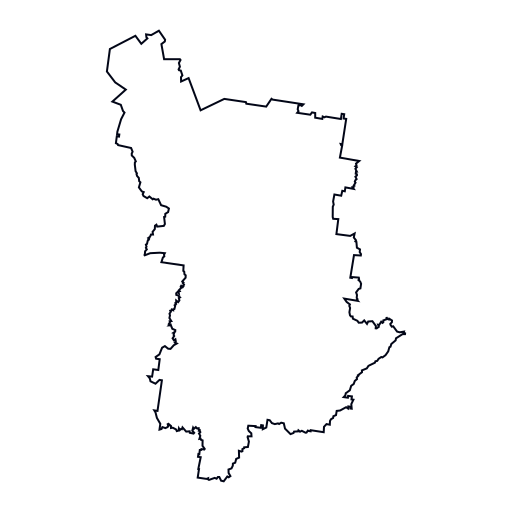 outline of Warrumbungle, New South Wales, Australia
{"feature_id": "25037944B19485668266020", "entity_name": "Warrumbungle", "entity_type": "district", "adm_level": 2, "iso_a3": "AUS", "parent_name": "Australia", "parent_adm1": "New South Wales", "projection": "orthographic", "projection_center": [149.548, -31.455], "detail": "fine", "context": "isolated", "style": "outline", "palette": "ink", "viewbox_px": 512, "rotation_deg": 0, "n_neighbors": 0, "source": "geoboundaries", "source_scale": "gbopen_adm2", "svg_char_len": 6086}
<svg xmlns="http://www.w3.org/2000/svg" viewBox="0 0 512 512"><path d="M168.1,212.1L165.3,213.8L165.2,216.7L164.1,217.0L164.9,224.0L163.8,225.9L157.2,226.6L156.4,224.7L155.0,225.7L154.8,229.1L152.6,231.8L153.0,234.5L151.0,234.5L150.0,236.8L148.3,238.0L149.0,238.6L148.4,239.3L148.8,239.7L147.7,240.8L147.0,243.9L145.9,244.6L146.5,246.7L145.9,247.8L146.8,249.4L145.1,251.3L144.8,254.7L144.0,255.6L150.2,253.2L159.9,252.7L164.8,253.2L164.0,254.7L164.3,256.4L162.9,257.5L161.4,262.2L183.6,265.4L183.3,270.9L184.2,271.6L184.5,274.3L185.7,275.3L185.6,277.7L182.3,281.4L183.4,282.5L182.8,283.0L184.0,284.6L183.1,285.7L183.5,286.1L182.7,287.2L181.2,285.8L180.7,286.6L181.1,288.0L179.0,290.1L179.7,291.1L178.5,291.3L178.8,293.2L177.5,292.0L176.2,293.3L176.3,294.9L178.2,295.5L180.0,297.4L178.8,298.0L179.4,300.4L178.2,302.1L176.2,300.5L176.2,302.7L175.4,303.1L176.0,304.1L174.7,305.2L175.2,305.8L174.4,309.0L173.2,309.3L173.2,310.2L171.7,309.5L171.3,310.7L170.3,310.8L170.7,311.9L169.5,313.7L170.0,315.4L169.4,318.0L171.3,321.1L169.7,321.3L170.0,322.2L168.9,323.9L170.1,324.3L169.0,325.4L170.9,325.3L172.3,328.8L175.3,330.1L175.2,331.6L173.3,332.9L174.1,333.2L173.6,335.0L174.2,336.0L172.6,338.3L173.9,340.3L175.4,339.3L175.8,341.4L174.9,342.5L176.8,343.5L173.8,345.2L170.5,348.9L168.1,348.7L164.9,346.1L162.1,347.7L159.4,354.4L155.6,357.0L156.1,358.7L159.7,359.2L158.3,370.0L153.2,369.3L152.1,376.6L148.0,376.2L149.8,378.4L150.5,381.3L155.5,383.7L159.5,379.9L161.9,380.3L157.5,410.9L154.3,410.4L155.5,412.4L156.9,417.9L160.3,423.8L159.5,429.6L161.5,429.0L162.4,427.1L165.4,428.1L167.5,427.1L168.3,426.3L167.7,424.2L168.4,423.8L171.0,426.0L171.0,428.0L172.7,427.7L176.0,429.4L176.8,431.1L178.5,430.6L178.9,428.4L179.8,430.1L180.9,429.0L181.9,429.2L182.5,427.4L186.2,431.6L189.6,431.3L189.8,432.8L193.5,433.6L194.2,432.8L192.3,430.7L193.1,427.7L193.8,428.9L195.8,427.1L196.7,428.3L198.6,428.2L198.5,429.2L199.5,429.7L198.9,430.8L200.1,431.2L200.3,432.3L199.0,433.5L200.3,435.8L199.4,438.9L200.6,438.7L201.0,439.8L202.6,440.4L202.5,445.8L204.7,448.9L204.3,449.5L201.4,449.1L201.2,449.9L199.8,450.0L199.3,454.2L198.4,454.0L198.0,456.8L200.7,457.2L198.3,469.0L199.0,469.1L197.7,477.6L206.5,478.9L208.0,478.3L207.8,479.2L209.0,479.9L214.7,477.9L216.6,478.7L217.9,477.0L219.3,477.0L221.1,480.7L223.7,481.3L227.3,476.5L228.7,477.3L230.4,476.1L228.6,473.0L228.5,469.5L231.5,468.4L232.8,465.7L232.9,463.6L235.2,462.7L236.2,458.9L239.1,457.6L238.9,450.8L241.5,451.6L242.4,451.2L242.4,449.1L244.1,448.2L244.2,447.3L247.9,447.0L248.9,441.6L247.6,437.1L247.8,436.3L251.5,436.3L251.3,433.3L248.8,431.0L247.7,428.5L248.3,425.7L255.6,426.1L255.5,427.1L260.8,427.8L261.2,425.1L262.9,425.4L262.8,429.2L266.3,427.5L267.5,419.8L269.7,420.2L271.9,423.1L274.8,424.1L278.0,423.4L279.1,424.0L281.2,422.7L283.8,423.3L285.0,428.6L290.5,434.1L293.5,433.0L294.1,431.6L298.0,431.4L298.4,430.3L300.0,431.7L301.8,430.8L305.5,432.7L306.5,432.6L308.3,429.9L308.1,430.9L310.6,431.3L310.7,430.2L323.7,432.2L324.0,426.8L326.5,424.1L329.8,424.7L330.0,421.0L330.9,419.3L333.1,418.0L333.4,416.2L336.0,415.1L336.7,410.9L340.1,410.5L346.1,407.2L348.0,408.5L348.3,406.4L350.5,406.8L350.3,408.5L351.7,408.7L351.3,404.1L353.4,399.7L351.5,399.4L351.9,396.4L348.1,395.9L347.9,397.7L343.7,397.1L345.3,395.4L345.8,393.2L349.8,390.3L351.2,385.8L353.7,384.0L354.8,380.9L357.0,379.1L356.7,377.5L358.4,375.7L358.0,375.2L362.0,372.2L361.9,370.4L366.8,368.4L368.5,365.8L374.9,362.7L375.4,361.3L377.2,360.9L378.6,358.8L381.3,357.0L382.5,357.4L385.5,355.2L388.2,351.4L389.4,347.2L390.5,346.7L391.3,344.0L395.6,340.4L396.0,338.3L402.6,334.1L405.0,334.1L405.1,333.3L403.6,332.5L403.9,331.6L399.8,332.3L397.1,331.6L393.2,326.3L391.8,326.7L390.5,324.8L390.3,323.9L391.9,322.2L392.0,320.5L389.2,318.7L388.9,319.5L387.2,318.8L386.6,317.1L386.4,319.3L383.3,320.4L383.3,322.3L382.5,322.9L381.2,321.7L379.2,324.9L378.1,324.7L378.8,326.8L376.6,328.4L375.7,328.3L375.9,326.0L372.4,321.2L368.2,321.5L367.0,323.9L364.2,320.4L362.0,322.6L358.7,322.7L357.4,320.8L352.9,318.7L352.6,316.5L350.9,316.4L350.0,315.3L349.4,312.2L350.1,308.0L349.3,305.9L349.9,304.4L346.7,302.0L344.3,298.6L357.9,300.9L356.9,299.7L357.5,299.1L356.7,297.9L357.0,295.0L356.1,292.4L358.7,288.9L360.4,288.4L361.1,283.8L360.2,281.6L358.5,280.0L359.1,279.3L358.8,277.6L352.3,277.1L352.0,278.0L350.3,277.7L354.0,255.1L360.8,255.5L361.0,254.1L359.7,252.1L360.0,249.4L356.9,247.7L356.4,241.9L355.4,241.4L356.0,240.3L353.8,237.5L354.6,233.5L350.2,235.9L336.4,234.1L338.3,219.1L333.2,218.8L332.7,217.0L332.8,206.7L333.7,204.6L333.1,201.5L334.4,194.5L341.2,195.7L342.3,190.8L344.8,191.3L345.4,187.4L353.7,188.9L352.5,187.2L353.6,187.0L353.6,185.9L354.3,185.7L354.0,185.1L355.5,182.7L354.8,181.7L355.3,180.3L356.6,179.1L355.4,176.7L356.9,175.4L356.9,174.3L355.7,173.7L356.0,171.6L356.8,171.6L355.4,168.8L356.8,167.2L355.4,166.3L356.5,165.5L356.0,163.6L359.2,161.0L339.9,157.6L342.2,145.4L341.2,145.2L340.7,144.0L342.3,144.3L346.2,118.9L343.6,118.5L344.2,114.2L341.7,113.8L340.9,119.0L325.9,116.6L324.5,117.3L322.7,116.5L322.3,118.9L315.2,117.7L315.2,113.0L312.0,112.4L310.3,114.7L297.2,112.8L298.5,111.2L297.7,109.3L298.4,105.5L300.7,105.2L301.8,105.9L303.4,104.3L272.6,99.6L271.5,98.8L266.2,106.6L246.3,103.7L245.9,102.1L224.3,98.9L200.6,110.3L188.6,78.1L181.1,81.5L181.0,77.1L182.4,75.4L180.8,70.6L179.0,70.2L178.6,69.4L179.9,66.7L178.9,63.0L180.5,60.0L179.9,59.2L164.1,59.2L161.4,44.1L164.8,41.5L165.1,39.7L158.9,30.7L151.2,35.1L146.1,34.4L146.4,37.2L147.4,38.4L141.3,43.8L135.4,35.8L109.9,49.0L106.9,71.5L115.2,82.4L125.8,89.6L112.4,101.6L120.8,104.8L123.0,111.0L124.5,112.6L121.1,119.2L117.4,131.6L117.1,134.2L119.3,134.5L119.0,136.6L116.8,136.3L115.9,143.2L117.6,144.0L118.1,145.1L131.1,148.0L132.6,151.7L131.7,153.6L131.8,155.5L134.2,157.8L135.8,161.4L134.9,162.4L134.8,164.6L135.6,171.2L136.9,173.3L136.5,174.0L137.1,176.0L138.8,177.9L139.2,181.2L140.4,182.3L138.9,187.4L141.8,191.4L143.7,192.1L142.7,194.2L143.5,196.0L147.2,198.2L149.4,196.5L152.7,199.3L153.5,198.7L156.0,199.7L158.3,199.2L161.1,205.2L166.2,206.7L168.9,208.5L168.1,212.1Z" fill="none" stroke="#020617" stroke-width="2"/></svg>